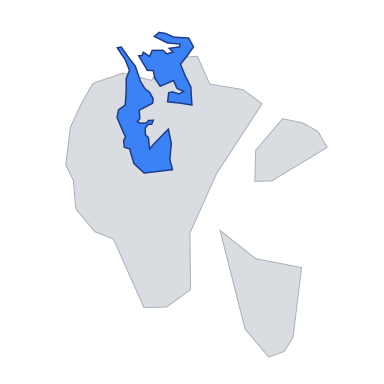 Tai Po highlighted on a map of Hong Kong S.A.R., rotated 277°
{"feature_id": "HKG-5169", "entity_name": "Tai Po", "entity_type": "state/province", "adm_level": 1, "iso_a3": "HKG", "parent_name": "Hong Kong S.A.R.", "parent_adm1": "", "projection": "natural_earth1", "projection_center": [114.263, 22.454], "detail": "fine", "context": "in_parent", "style": "filled", "palette": "blue", "viewbox_px": 384, "rotation_deg": 277, "n_neighbors": 0, "source": "natural_earth", "source_scale": "10m", "svg_char_len": 1673}
<svg xmlns="http://www.w3.org/2000/svg" viewBox="0 0 384 384"><g transform="rotate(277 192 192)"><path d="M140.8,100.3L142.4,98.5L161.2,78.7L188.9,72.9L203.5,63.4L241.6,63.4L264.9,71.0L287.0,80.1L289.1,83.0L301.6,109.0L297.8,138.1L321.5,152.1L327.4,180.8L301.3,196.4L299.8,230.1L288.1,250.8L212.9,214.0L150.9,194.9L95.1,202.5L74.8,180.9L71.3,158.5L135.7,119.7L140.8,100.3ZM130.3,310.0L60.0,310.0L45.0,303.0L37.6,288.3L62.5,261.4L157.3,224.5L133.6,263.3L130.3,310.0ZM267.2,309.9L252.7,320.6L212.7,269.7L210.2,253.1L241.1,250.1L275.8,273.0L273.9,293.9L267.2,309.9Z" fill="#d9dde1" stroke="#a8b0b8" stroke-width="1"/><path d="M326.0,100.3L327.3,104.1L316.4,113.9L310.0,120.4L303.1,123.7L295.4,127.4L288.6,132.9L285.9,137.7L279.8,142.1L275.3,142.1L266.7,129.6L258.5,131.3L255.3,129.1L253.9,132.4L254.9,138.3L257.6,139.9L258.5,144.8L254.3,143.7L253.9,140.5L249.8,137.7L243.0,138.8L240.7,142.1L229.5,144.7L234.8,148.1L241.2,153.0L248.6,158.6L251.5,160.9L237.8,165.5L231.4,165.7L221.4,166.1L211.8,169.9L205.0,142.2L213.2,130.8L227.3,124.8L228.2,119.4L235.1,117.8L238.3,119.4L248.3,113.4L256.9,108.5L264.7,109.1L270.1,115.1L282.9,114.5L296.6,112.9L305.2,115.1L315.2,109.6L326.0,100.3ZM278.5,156.8L287.7,156.8L289.0,160.4L287.7,167.0L290.8,171.4L293.1,164.4L300.4,160.1L293.1,147.5L300.4,141.1L307.8,138.8L307.3,132.9L320.7,122.5L321.4,125.8L324.8,126.6L321.4,133.4L327.7,135.2L329.1,145.9L326.0,150.3L328.7,156.2L331.8,151.9L334.6,162.2L337.4,161.7L336.9,149.6L341.8,135.6L346.4,139.9L346.2,146.0L343.5,155.2L344.4,169.9L336.2,175.8L326.2,170.4L317.5,165.0L306.6,171.0L296.1,178.0L278.3,181.3L278.8,169.3L278.5,156.8Z" fill="#3b82f6" stroke="#1e3a8a" stroke-width="1.5"/></g></svg>